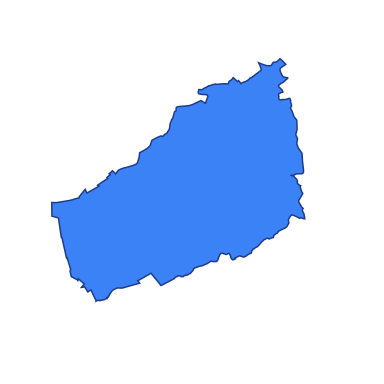 the district of Sanmartin, Harghita, Romania, rotated 328°
{"feature_id": "2599482B50475044485744", "entity_name": "Sanmartin", "entity_type": "district", "adm_level": 2, "iso_a3": "ROU", "parent_name": "Romania", "parent_adm1": "Harghita", "projection": "albers", "projection_center": [25.991, 46.26], "detail": "fine", "context": "isolated", "style": "filled", "palette": "blue", "viewbox_px": 384, "rotation_deg": 328, "n_neighbors": 0, "source": "geoboundaries", "source_scale": "gbopen_adm2", "svg_char_len": 6073}
<svg xmlns="http://www.w3.org/2000/svg" viewBox="0 0 384 384"><g transform="rotate(328 192 192)"><path d="M249.4,271.6L251.6,271.9L252.9,271.8L254.0,271.7L255.5,270.9L256.9,270.1L257.8,269.5L258.3,268.1L258.8,267.0L259.8,266.0L261.4,265.3L263.2,264.5L264.1,264.2L265.3,265.0L266.5,266.7L268.0,269.0L269.1,271.0L269.5,271.4L270.6,271.6L271.0,271.7L272.5,273.8L273.4,274.5L274.5,272.1L275.3,270.0L275.5,268.0L275.8,266.0L276.4,265.3L277.6,264.8L276.9,263.0L277.1,261.7L277.2,259.5L277.2,257.3L277.4,256.8L278.0,255.7L280.6,254.4L283.5,252.9L285.2,251.9L285.2,249.5L286.6,244.6L287.5,244.2L286.7,243.1L286.2,241.6L286.1,240.2L286.4,239.7L287.2,238.6L287.5,237.2L287.4,236.3L286.6,232.5L285.1,230.7L285.9,230.7L286.4,231.1L287.4,231.7L290.1,231.9L295.1,234.9L296.9,234.5L298.3,232.3L299.2,230.4L301.7,225.1L305.8,217.4L305.5,210.2L306.0,208.9L306.1,208.0L306.0,207.2L307.3,205.6L308.1,204.5L309.7,202.8L310.0,201.3L310.2,199.0L310.6,198.1L314.3,194.6L319.0,186.6L318.4,182.4L319.8,175.8L319.7,174.1L320.2,172.7L321.8,172.1L322.6,170.7L323.0,168.7L324.4,166.0L324.6,164.4L323.5,163.9L322.1,163.7L320.9,163.2L319.6,162.7L318.4,161.9L317.2,161.3L316.5,161.2L316.2,161.1L315.5,160.5L315.1,159.9L315.1,159.1L315.3,158.4L315.5,157.9L316.4,157.0L316.6,156.0L316.9,155.3L317.4,154.8L317.9,154.7L320.5,154.9L321.9,155.4L322.3,154.6L322.4,153.2L322.0,151.4L321.3,148.9L322.0,147.6L323.3,147.2L324.6,147.2L325.2,147.1L325.8,147.2L327.9,147.3L331.1,146.6L332.2,146.5L333.3,146.3L333.7,146.0L333.7,145.7L333.2,145.4L332.8,145.2L332.2,144.5L331.3,143.6L330.2,142.5L330.3,141.7L330.3,139.9L330.4,138.4L330.7,137.3L330.9,136.1L331.1,135.5L331.8,134.4L332.7,133.8L334.8,133.6L337.3,133.6L339.2,133.4L338.5,129.9L337.3,125.6L334.7,126.2L332.7,126.5L330.9,125.9L329.8,125.0L328.5,125.6L327.1,126.3L326.5,126.7L325.2,126.2L324.0,125.6L322.4,124.4L321.0,123.0L318.4,119.6L317.0,117.7L316.6,120.9L316.1,123.6L315.2,125.3L311.1,125.8L308.9,125.9L305.8,126.3L304.5,126.3L303.4,126.6L302.4,126.4L301.6,126.1L299.7,126.7L298.1,126.8L297.3,126.8L295.4,126.6L294.8,126.5L294.1,126.2L292.7,125.9L290.9,126.1L290.8,123.6L290.5,122.2L289.1,122.4L288.4,119.8L287.6,116.9L287.1,116.9L286.9,117.1L286.4,117.3L286.0,117.5L285.4,117.6L284.8,117.8L283.7,117.8L282.9,117.8L281.9,118.0L279.8,119.5L277.1,117.5L274.8,116.3L273.7,115.6L273.0,115.3L271.8,114.7L271.3,114.5L269.8,113.6L269.2,112.9L268.3,112.6L266.2,111.8L264.0,111.4L263.4,111.3L262.5,110.8L261.8,110.8L261.1,110.8L260.6,110.8L259.6,110.9L259.0,110.8L258.5,110.6L257.7,110.5L257.0,110.5L255.4,110.5L254.6,110.5L252.1,108.7L251.2,109.6L250.5,110.1L250.0,111.0L249.7,112.1L252.1,114.5L253.0,115.2L253.9,115.7L256.2,117.5L256.2,118.9L255.6,120.0L254.5,120.7L253.8,121.1L250.5,123.9L248.0,119.2L238.7,118.1L235.3,117.2L231.0,115.1L228.4,113.7L225.3,112.2L223.6,111.9L222.5,113.1L221.9,114.3L221.3,114.7L219.7,114.7L214.9,119.1L213.0,119.9L211.0,121.6L210.1,122.0L206.5,126.3L204.6,127.5L204.2,127.6L201.4,128.9L200.0,128.6L196.6,129.3L195.2,127.9L191.2,127.3L185.4,126.9L181.1,130.5L177.8,131.2L173.1,131.3L168.4,130.9L166.1,134.0L163.7,136.2L162.6,137.1L160.4,138.8L156.3,138.3L149.8,136.5L146.2,135.3L144.3,134.9L141.3,134.5L136.9,136.1L135.8,131.8L131.3,132.7L131.7,134.0L127.5,134.6L127.6,135.8L115.5,136.2L115.9,137.2L116.2,137.7L115.0,137.7L113.2,137.7L109.6,137.5L102.4,137.2L102.7,134.1L102.8,133.1L97.6,134.9L94.2,136.1L93.7,136.5L93.3,137.2L89.0,135.8L85.8,135.0L83.0,134.0L72.2,129.5L71.8,129.4L67.5,126.6L60.4,138.3L63.2,141.2L64.0,142.1L65.0,143.5L64.7,143.9L57.1,161.3L57.6,161.6L50.6,181.5L51.3,181.6L49.9,186.6L48.3,192.2L48.4,193.0L46.7,194.4L46.2,195.7L44.8,199.8L48.2,205.7L48.3,206.6L49.6,205.3L51.9,212.8L47.7,214.3L49.1,215.0L50.7,215.5L50.7,221.5L54.3,221.5L54.0,225.0L53.5,228.7L53.4,230.0L53.2,232.3L53.2,233.1L52.7,233.7L54.4,233.9L54.8,234.1L55.2,234.3L55.8,234.9L56.5,235.4L57.0,235.5L57.6,235.6L60.2,236.8L61.1,236.8L62.0,236.8L63.5,237.4L63.8,237.1L63.9,236.5L64.4,236.4L65.2,236.7L65.5,236.7L66.2,236.3L66.5,236.1L67.4,235.4L68.3,235.0L71.8,233.5L72.8,233.5L73.5,233.2L74.6,233.3L75.1,233.4L75.5,233.4L77.8,233.8L81.3,236.1L82.3,236.6L83.6,237.0L85.8,237.6L99.3,241.6L99.0,238.5L99.5,238.6L114.2,239.2L114.9,245.0L115.3,247.6L115.8,251.7L116.1,254.9L128.3,255.9L130.5,256.0L131.3,256.1L132.2,255.6L133.0,255.6L133.7,255.4L134.2,255.6L134.8,256.0L135.3,255.9L135.6,255.8L136.5,255.8L136.7,256.1L137.3,256.8L137.5,257.1L138.0,257.7L137.9,258.0L138.2,258.2L138.5,258.4L139.4,259.0L139.9,259.1L140.7,258.8L141.5,258.9L141.9,259.1L142.5,259.2L142.9,259.2L143.0,259.5L143.5,259.8L145.0,260.0L145.7,259.9L146.4,259.9L146.9,260.2L147.9,260.1L149.2,259.6L150.3,259.3L150.8,259.3L151.6,258.8L152.3,258.2L152.8,258.2L153.4,257.9L154.2,257.9L154.7,258.0L155.2,258.1L157.1,258.6L157.9,258.8L158.7,258.8L159.4,259.0L161.1,259.9L165.0,260.4L165.9,260.6L166.9,260.8L167.8,260.8L168.8,260.7L169.5,260.8L170.4,260.7L171.4,260.7L171.8,260.9L172.5,261.7L173.3,262.4L173.8,262.7L176.1,264.0L177.1,263.7L177.9,263.3L178.4,262.9L178.9,262.7L179.1,262.5L179.4,262.0L179.7,261.6L180.8,261.0L181.4,260.7L181.9,260.3L182.2,259.8L183.2,259.7L184.7,259.5L185.4,259.9L185.7,260.2L185.9,260.9L187.3,262.4L187.5,262.8L187.9,263.1L189.1,263.3L190.0,263.3L190.7,263.6L191.1,264.0L191.0,264.4L191.0,265.0L190.8,266.0L190.6,267.2L190.1,268.5L190.2,270.3L190.3,270.7L190.7,271.3L192.8,271.6L192.5,271.3L192.5,271.0L193.6,270.8L196.6,271.0L196.9,271.2L197.5,271.2L198.6,271.4L199.8,272.7L200.4,273.6L200.9,274.1L201.4,274.7L202.7,274.8L203.7,275.0L204.8,274.9L205.7,274.7L208.6,274.9L209.6,275.3L210.8,274.4L211.2,273.6L212.0,273.5L212.7,273.2L213.6,272.7L214.8,273.0L215.9,272.8L216.6,272.8L218.0,273.0L219.0,272.9L221.0,272.4L222.7,271.9L224.7,271.2L226.4,271.0L228.1,270.6L228.7,270.8L229.6,270.9L230.5,270.9L231.6,271.2L232.2,272.2L232.6,272.7L232.9,272.9L233.4,272.9L234.1,273.0L235.1,273.1L235.9,273.3L236.5,273.7L237.0,273.6L237.5,273.3L237.7,272.9L238.3,272.2L239.3,272.1L240.8,271.9L242.4,272.1L242.9,271.9L243.3,271.6L243.8,271.5L244.5,271.1L244.8,271.2L246.5,271.3L248.1,271.4L249.4,271.6Z" fill="#3b82f6" stroke="#1e3a8a" stroke-width="1.5"/></g></svg>